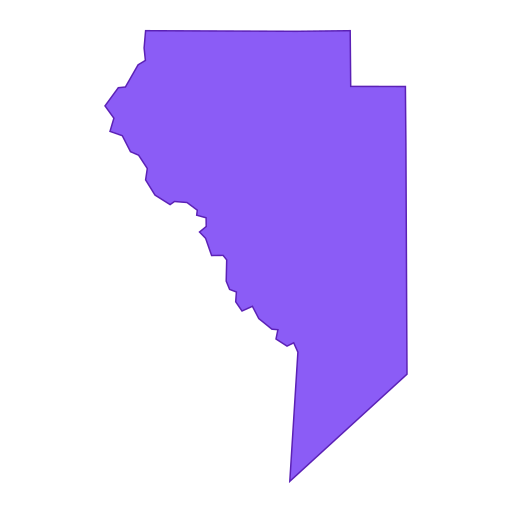 Okeechobee, Florida, United States of America
{"feature_id": "52423323B15399017802977", "entity_name": "Okeechobee", "entity_type": "district", "adm_level": 2, "iso_a3": "USA", "parent_name": "United States of America", "parent_adm1": "Florida", "projection": "robinson", "projection_center": [-80.998, 27.301], "detail": "fine", "context": "isolated", "style": "filled", "palette": "violet", "viewbox_px": 512, "rotation_deg": 0, "n_neighbors": 0, "source": "geoboundaries", "source_scale": "gbopen_adm2", "svg_char_len": 709}
<svg xmlns="http://www.w3.org/2000/svg" viewBox="0 0 512 512"><path d="M405.4,86.5L350.7,86.4L350.2,30.7L296.7,31.3L145.6,30.7L144.1,48.0L145.4,60.4L138.1,64.8L125.4,87.0L118.3,87.7L105.0,105.9L113.9,118.2L110.0,131.4L122.3,135.7L130.5,151.7L138.6,155.2L147.3,168.5L145.6,179.9L155.0,195.1L170.1,204.6L174.5,201.5L187.0,202.5L197.3,210.2L196.7,215.2L206.1,217.8L206.2,226.5L199.5,232.0L205.6,238.3L211.6,255.5L223.1,255.4L226.7,259.9L226.2,281.1L229.6,289.4L236.4,292.0L235.7,301.8L242.0,311.0L252.4,306.3L258.8,318.6L271.9,329.2L277.9,329.7L276.0,339.0L287.0,346.1L293.7,342.8L297.9,352.2L289.8,481.3L407.0,374.2L406.7,318.6L405.9,143.6L405.4,86.5Z" fill="#8b5cf6" stroke="#5b21b6" stroke-width="1.5"/></svg>